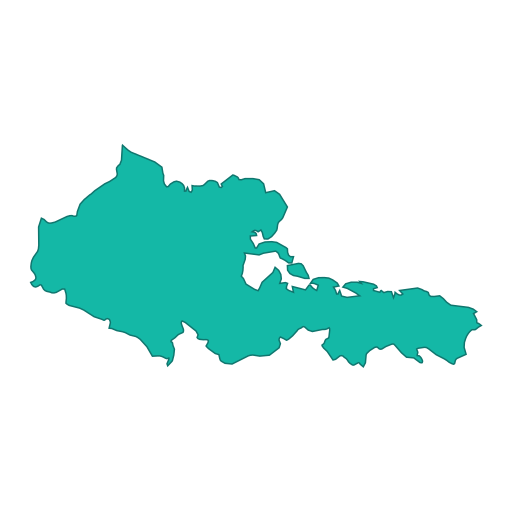 Holguín, Robinson projection
{"feature_id": "CUB-1367", "entity_name": "Holguín", "entity_type": "Province", "adm_level": 1, "iso_a3": "CUB", "parent_name": "Cuba", "parent_adm1": "", "projection": "robinson", "projection_center": [-75.695, 20.824], "detail": "fine", "context": "isolated", "style": "filled", "palette": "teal", "viewbox_px": 512, "rotation_deg": 0, "n_neighbors": 0, "source": "natural_earth", "source_scale": "10m", "svg_char_len": 6068}
<svg xmlns="http://www.w3.org/2000/svg" viewBox="0 0 512 512"><path d="M122.5,145.2L127.7,149.9L131.0,152.2L154.8,162.0L161.9,167.2L162.9,173.3L163.7,175.4L163.5,180.9L164.4,184.0L166.6,186.8L168.2,186.6L170.4,184.0L174.0,181.8L176.5,181.2L179.8,182.1L182.0,183.6L183.6,185.4L184.5,187.9L184.5,191.1L185.9,191.1L186.3,189.9L187.5,187.4L189.1,191.4L191.0,192.3L192.3,190.3L192.1,185.6L194.0,186.0L200.0,186.1L202.9,185.6L204.3,184.6L207.8,181.2L209.7,180.5L212.5,180.6L215.3,181.3L217.4,182.6L219.3,187.1L221.2,187.5L222.4,186.4L221.2,184.0L232.8,175.0L234.0,175.3L237.4,177.0L238.1,177.7L239.0,179.6L241.2,179.8L245.1,178.6L252.9,178.6L259.2,179.7L263.6,183.8L265.7,192.7L274.5,190.7L279.6,194.3L287.4,207.0L282.8,217.7L281.5,219.5L279.0,221.7L278.1,223.1L277.6,224.8L277.1,228.7L276.7,230.2L274.7,233.1L271.6,236.6L267.9,239.0L264.3,238.9L263.2,236.4L262.3,232.5L260.9,230.0L258.1,231.8L256.3,230.6L254.8,230.3L253.5,230.8L252.2,231.8L254.0,232.1L255.3,232.7L256.2,233.7L256.6,235.5L250.3,236.0L250.4,239.2L253.3,243.6L255.2,248.0L256.6,248.0L259.1,244.0L265.0,242.0L271.8,241.7L276.7,242.4L286.0,247.6L287.4,248.8L287.6,252.4L288.6,255.2L290.4,256.7L293.5,256.7L291.8,262.9L288.6,262.9L285.0,260.3L282.0,258.7L280.3,258.0L279.6,256.5L279.0,254.6L278.1,253.0L276.4,251.6L275.7,251.1L263.4,253.2L259.1,254.9L244.4,253.0L245.5,256.0L245.2,259.3L243.0,265.6L243.1,267.1L242.9,270.4L242.3,273.5L241.3,276.2L243.4,278.5L246.0,284.1L254.6,289.4L258.1,290.7L259.7,287.9L262.1,282.3L272.9,272.5L275.1,267.3L278.7,270.4L280.8,274.4L281.3,278.9L279.7,283.4L285.5,282.6L287.6,283.4L286.6,286.2L286.3,288.7L288.6,290.4L293.5,292.3L292.3,286.5L305.5,289.9L309.0,285.2L310.4,285.2L311.5,286.6L312.9,288.1L314.7,289.4L316.7,290.5L318.3,285.2L314.6,283.6L312.7,283.2L310.4,283.4L313.2,279.4L318.6,277.7L324.4,277.6L328.8,278.1L332.7,279.9L337.3,283.1L338.9,286.0L333.5,287.1L335.5,290.4L336.6,294.0L338.1,294.0L338.4,292.9L339.7,290.5L341.6,296.1L347.1,297.4L359.7,295.8L355.8,293.0L347.3,288.4L342.9,287.1L345.7,283.8L351.2,282.2L357.1,282.2L361.3,283.4L359.7,281.5L363.2,281.8L373.6,284.2L376.4,285.9L377.2,287.6L373.5,288.7L373.5,290.5L379.8,292.3L380.2,291.7L380.5,291.0L381.2,290.5L383.8,292.6L387.7,291.5L391.4,291.7L393.5,297.7L394.9,294.0L395.1,292.3L397.2,294.0L399.2,295.0L401.1,295.1L402.8,294.0L399.6,290.5L417.6,288.0L422.0,289.6L424.2,290.9L426.5,291.5L428.3,292.5L429.0,294.9L430.6,296.4L434.2,296.5L439.7,295.8L443.4,298.7L446.6,302.2L450.8,305.2L468.5,307.4L473.2,309.1L476.7,311.7L474.4,313.1L473.5,313.5L476.7,319.7L476.8,322.5L477.4,323.2L478.3,323.3L479.8,324.3L481.3,325.5L478.5,327.1L475.5,329.5L474.8,329.7L472.1,329.7L471.3,330.2L469.6,331.8L468.4,333.3L466.8,335.8L465.7,338.3L464.4,342.4L464.1,347.4L466.1,354.3L457.0,358.4L455.7,359.6L455.1,361.4L454.8,362.9L454.5,363.7L453.6,364.2L452.2,363.8L449.2,362.3L446.9,360.5L444.4,358.9L436.2,354.7L428.6,348.8L426.4,347.5L424.4,347.3L418.3,348.2L417.1,348.7L416.6,349.1L417.7,351.9L417.8,352.6L417.3,354.4L417.2,355.6L419.3,355.9L420.6,357.2L421.4,358.3L422.3,360.2L422.5,360.9L422.5,361.6L422.2,362.6L421.3,362.8L419.9,362.5L413.8,357.9L406.5,357.2L401.5,352.8L395.1,345.4L393.8,344.1L392.5,344.0L391.1,344.4L385.9,346.5L381.8,349.0L380.4,349.2L379.3,348.9L377.4,347.2L376.2,347.0L374.7,347.4L369.7,350.6L366.6,353.6L366.1,355.0L365.4,362.8L363.3,366.8L360.1,364.1L359.7,363.3L358.9,362.7L358.1,362.8L354.0,365.0L353.0,365.1L352.0,364.7L350.0,363.3L348.5,361.8L347.4,360.0L346.2,358.6L344.0,357.1L343.1,356.1L341.6,355.6L339.9,355.9L335.6,359.3L333.0,360.0L327.2,351.4L323.7,348.1L322.2,346.0L322.0,345.1L323.7,343.8L324.3,342.9L324.9,341.1L325.3,340.2L325.9,339.4L328.2,338.2L328.6,337.9L329.0,336.6L329.7,330.3L329.6,328.5L329.1,327.7L327.1,328.8L325.9,329.2L325.0,329.4L322.2,329.5L312.4,331.5L308.2,330.1L304.6,326.9L303.4,326.6L302.4,326.9L301.7,327.6L300.8,328.1L299.5,328.6L297.9,329.6L297.1,330.8L292.6,335.8L289.2,338.7L287.5,339.8L286.5,340.2L283.6,338.5L282.2,337.9L280.5,337.0L280.0,337.3L279.4,338.2L279.1,339.2L279.0,340.0L279.3,340.8L280.4,343.7L279.1,347.8L269.4,355.2L259.8,356.1L252.7,355.0L250.2,355.3L248.4,355.8L232.1,364.0L225.0,363.3L221.3,361.2L220.4,360.3L219.8,358.7L218.9,354.6L215.2,353.5L208.5,348.6L206.9,347.0L206.1,346.0L206.9,344.7L208.1,342.4L208.3,340.6L207.7,339.9L206.2,339.6L203.4,339.7L199.5,339.3L197.9,338.5L197.1,337.5L198.1,334.8L196.0,331.0L185.3,322.5L182.3,321.0L181.7,321.3L181.2,322.9L181.8,325.1L183.4,329.3L183.5,331.0L183.0,332.4L179.0,334.2L177.9,334.9L175.0,337.7L171.5,340.2L171.0,341.1L171.1,341.8L171.9,342.1L172.5,342.9L172.9,345.3L174.4,349.2L173.8,355.1L172.4,360.6L171.9,361.4L167.7,365.8L167.0,363.8L168.7,359.7L168.9,358.6L168.8,358.1L167.6,358.5L166.6,358.6L165.5,358.2L163.4,357.1L161.7,356.4L159.8,355.9L157.8,355.9L152.4,356.2L146.9,346.7L140.2,339.3L137.9,337.6L135.9,336.5L129.9,335.0L125.3,332.6L122.5,331.7L116.8,330.6L111.8,328.5L109.1,328.2L110.4,322.7L110.2,321.4L109.5,319.6L108.7,319.0L107.3,318.6L106.2,318.9L104.5,320.2L103.8,320.2L101.9,319.3L94.1,316.7L83.7,310.0L79.6,308.1L69.1,305.4L67.1,304.2L66.0,303.3L66.0,302.2L66.4,298.3L66.3,295.3L66.0,293.4L64.7,289.1L62.3,289.0L56.2,292.4L54.0,292.9L51.8,292.8L50.1,292.1L46.9,291.4L45.1,290.6L43.6,289.2L41.6,285.5L40.8,284.8L40.0,284.8L37.9,286.2L35.7,287.0L34.0,286.6L32.8,285.7L31.8,284.5L30.7,282.4L32.9,281.6L35.1,279.9L35.8,278.7L35.9,277.2L35.1,274.6L33.9,272.8L31.5,269.9L31.0,268.4L30.9,266.4L31.3,263.0L31.9,260.6L33.5,257.2L37.6,251.4L38.4,249.0L38.8,245.3L38.6,227.0L41.4,218.2L44.1,219.5L46.3,221.7L47.6,222.6L48.6,223.0L49.9,223.2L51.5,223.0L55.1,222.1L67.0,216.5L69.9,215.7L72.0,215.6L73.3,216.1L74.4,216.3L76.0,216.1L76.8,215.3L77.4,211.5L80.1,204.2L84.3,199.5L89.9,194.8L91.2,194.0L94.8,190.7L104.8,183.8L109.6,181.5L115.7,177.5L116.9,175.8L117.3,174.1L116.5,169.5L116.6,167.9L117.8,166.2L118.6,165.3L119.8,164.5L121.5,160.2L122.4,145.5L122.5,145.2ZM301.2,263.8L303.2,265.8L306.4,272.4L308.2,275.3L309.0,278.4L304.8,278.4L297.4,276.2L293.4,275.5L289.9,273.5L287.6,270.2L287.4,265.6L298.5,263.4L301.2,263.8Z" fill="#14b8a6" stroke="#0f766e" stroke-width="1.5"/></svg>